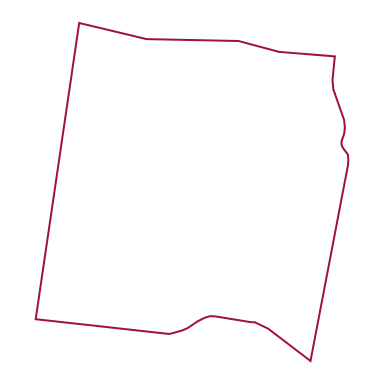 outline of Trelawny
{"feature_id": "JAM-1375", "entity_name": "Trelawny", "entity_type": "Parish", "adm_level": 1, "iso_a3": "JAM", "parent_name": "Jamaica", "parent_adm1": "", "projection": "robinson", "projection_center": [-77.552, 18.351], "detail": "fine", "context": "isolated", "style": "outline", "palette": "rose", "viewbox_px": 384, "rotation_deg": 0, "n_neighbors": 0, "source": "natural_earth", "source_scale": "10m", "svg_char_len": 485}
<svg xmlns="http://www.w3.org/2000/svg" viewBox="0 0 384 384"><path d="M79.2,23.0L146.4,39.1L238.4,41.0L279.1,51.9L334.9,56.4L334.6,58.6L332.5,80.2L333.3,89.2L344.1,120.0L344.9,127.8L344.1,134.1L341.6,141.0L341.6,144.9L342.9,147.9L348.0,154.8L348.3,159.8L348.0,165.1L310.5,361.0L268.2,328.7L254.6,322.2L251.6,322.3L215.4,316.4L210.0,316.2L204.7,317.8L197.7,321.3L187.3,328.3L181.5,330.7L169.3,334.0L35.7,319.2L78.9,25.0L79.2,23.0Z" fill="none" stroke="#9f1239" stroke-width="2"/></svg>